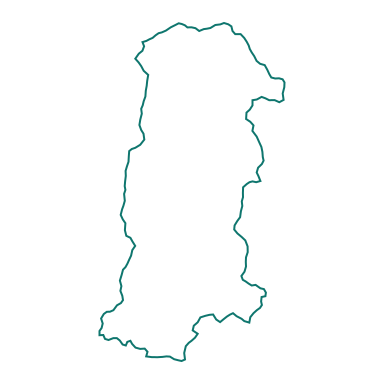 São José do Divino, Minas Gerais, Brazil
{"feature_id": "56859067B84823872884443", "entity_name": "São José do Divino", "entity_type": "district", "adm_level": 2, "iso_a3": "BRA", "parent_name": "Brazil", "parent_adm1": "Minas Gerais", "projection": "natural_earth1", "projection_center": [-41.373, -18.4], "detail": "fine", "context": "isolated", "style": "outline", "palette": "teal", "viewbox_px": 384, "rotation_deg": 0, "n_neighbors": 0, "source": "geoboundaries", "source_scale": "gbopen_adm2", "svg_char_len": 2810}
<svg xmlns="http://www.w3.org/2000/svg" viewBox="0 0 384 384"><path d="M203.8,29.1L199.2,31.0L195.5,28.2L191.5,27.3L187.4,27.4L184.9,25.3L181.8,24.0L178.7,23.3L175.4,25.0L170.8,27.3L165.9,30.6L161.8,32.4L158.6,33.2L155.6,35.3L152.6,37.9L149.4,39.3L146.4,40.9L142.5,42.1L144.1,46.3L142.4,50.8L138.8,53.7L135.3,58.7L138.6,62.4L141.2,66.1L143.7,70.8L148.2,74.9L147.2,80.9L146.7,85.8L145.8,90.7L145.4,96.5L143.7,101.2L142.7,105.4L141.2,108.8L141.8,113.7L140.3,119.5L139.4,125.0L141.2,130.0L143.5,133.7L144.3,139.6L140.2,144.8L135.3,147.8L131.8,149.0L129.2,151.1L128.8,156.4L128.5,161.8L126.9,166.5L125.6,170.9L125.8,175.9L125.1,181.6L124.7,186.1L125.4,189.9L124.1,193.9L124.8,200.8L123.4,205.8L122.1,209.3L120.7,214.9L122.8,219.4L125.4,223.2L124.9,230.2L126.3,235.8L130.4,237.8L132.4,241.4L135.2,245.9L132.3,250.1L131.1,255.6L129.3,259.4L127.4,263.7L125.5,267.1L123.0,269.7L121.7,274.7L119.9,280.6L121.4,286.1L120.4,290.9L122.3,295.8L123.0,300.1L120.9,303.1L117.0,305.3L113.4,310.2L110.0,311.7L106.8,311.8L103.8,314.0L101.1,318.5L102.7,323.5L101.6,328.0L99.5,331.0L99.5,335.2L103.3,335.0L105.0,338.9L108.5,340.0L113.4,338.1L116.8,338.1L119.8,340.5L122.6,344.5L125.8,345.5L127.3,341.9L130.4,340.8L132.1,343.9L135.5,347.6L140.2,348.9L144.7,348.6L147.5,351.8L146.2,356.4L151.6,357.1L157.5,357.2L162.5,356.9L166.5,356.4L169.9,356.6L174.1,359.2L178.4,360.3L181.6,361.0L185.0,359.5L184.2,353.0L185.8,346.2L188.8,342.8L191.5,340.8L195.0,337.7L197.7,333.8L192.7,330.4L193.8,325.7L197.7,322.3L200.4,317.4L205.4,315.8L209.6,314.8L213.1,314.5L216.2,319.5L220.1,322.1L223.6,319.2L227.0,316.5L230.0,314.6L233.0,313.2L236.6,316.2L241.6,318.8L244.3,321.1L249.3,322.6L250.3,317.2L253.5,313.2L256.8,310.2L260.0,307.9L261.9,305.0L261.1,301.5L261.6,297.0L265.4,296.2L265.9,292.6L263.9,289.1L260.4,288.3L255.6,284.9L251.7,285.5L248.5,283.5L245.6,281.4L242.8,279.8L241.4,276.0L244.5,271.7L246.0,266.5L245.8,261.9L246.0,257.4L247.7,252.2L247.6,246.4L245.3,240.4L241.7,237.0L237.4,233.4L234.2,229.5L234.6,225.4L237.3,221.0L240.1,217.2L240.9,211.3L242.3,206.0L241.8,201.4L243.0,197.2L242.9,192.9L243.1,187.3L246.8,184.0L249.5,182.2L252.5,181.4L256.2,182.2L260.4,181.0L258.4,176.0L256.7,172.5L258.1,167.7L261.9,164.0L263.6,160.6L262.8,157.1L262.4,151.9L261.4,147.0L259.2,142.2L256.7,136.6L252.4,130.9L253.5,125.4L250.3,121.8L246.1,119.0L246.5,112.6L249.8,109.6L252.5,105.4L252.5,100.2L256.8,99.5L261.6,96.9L265.4,98.3L269.2,100.2L274.6,100.1L279.3,102.2L283.6,99.9L282.7,93.5L284.3,87.2L284.5,82.4L282.6,79.3L279.0,78.3L275.2,78.5L271.3,77.5L269.4,74.3L267.3,69.8L264.7,65.1L260.1,63.8L256.6,60.9L254.2,56.1L251.7,52.4L249.8,49.0L248.7,45.5L246.8,41.9L244.2,37.9L240.6,34.1L235.2,34.1L232.5,31.0L231.4,26.4L228.3,24.3L224.0,23.0L220.3,24.4L215.3,25.0L210.4,28.0L206.9,28.7L203.8,29.1Z" fill="none" stroke="#0f766e" stroke-width="2"/></svg>